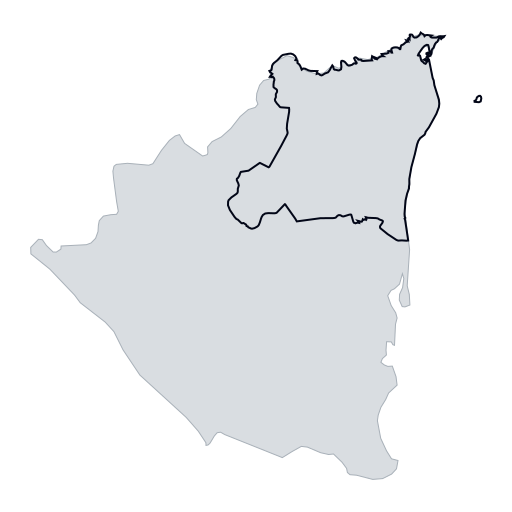 where Atlántico Norte sits in Nicaragua
{"feature_id": "NIC-657", "entity_name": "Atlántico Norte", "entity_type": "Autonomous Region", "adm_level": 1, "iso_a3": "NIC", "parent_name": "Nicaragua", "parent_adm1": "", "projection": "robinson", "projection_center": [-84.139, 14.031], "detail": "fine", "context": "in_parent", "style": "outline", "palette": "ink", "viewbox_px": 512, "rotation_deg": 0, "n_neighbors": 0, "source": "natural_earth", "source_scale": "10m", "svg_char_len": 7584}
<svg xmlns="http://www.w3.org/2000/svg" viewBox="0 0 512 512"><path d="M441.9,36.5L439.4,40.4L436.6,42.9L430.8,55.3L428.8,56.4L428.4,47.2L424.9,46.0L420.9,49.3L418.6,54.0L422.2,60.1L425.3,60.2L429.0,61.9L439.2,104.5L437.1,112.0L430.8,123.9L424.8,133.9L418.8,140.2L411.4,167.0L404.7,210.5L409.6,249.7L407.2,285.8L409.3,294.4L409.9,305.0L405.0,306.9L402.2,306.6L399.3,300.1L399.6,294.3L402.6,287.6L403.8,278.5L402.4,273.7L399.5,284.1L394.4,288.8L391.0,290.4L387.7,295.7L391.2,305.6L395.7,312.8L397.1,318.0L395.5,324.2L394.5,345.3L392.9,344.7L391.3,341.9L386.6,341.7L386.0,350.2L386.4,355.0L382.4,358.6L380.9,362.3L384.2,364.9L387.8,366.4L392.3,366.1L396.0,376.6L397.1,385.1L388.6,393.0L385.7,399.5L380.9,407.3L378.2,415.1L377.4,420.7L380.7,438.3L386.5,450.8L391.5,458.8L398.0,460.5L396.5,468.8L391.6,474.1L382.6,478.6L372.7,479.4L356.5,475.2L350.0,474.7L347.4,472.5L346.6,468.4L342.0,462.2L333.5,454.0L328.6,454.5L320.6,452.7L307.4,447.1L301.3,446.4L292.5,451.3L282.3,457.6L257.6,447.7L240.3,440.8L224.8,434.6L220.6,432.2L217.2,432.7L214.3,436.0L210.9,441.7L209.8,443.4L208.0,445.0L206.0,445.4L205.9,442.7L198.3,431.2L186.2,417.4L139.9,375.1L123.0,349.8L113.9,331.6L105.2,322.1L80.2,302.7L74.5,295.0L49.8,269.1L30.9,253.9L30.7,247.4L38.5,239.3L42.3,239.7L46.4,245.5L53.1,252.0L56.3,252.1L60.9,249.1L61.1,246.0L86.4,244.7L91.0,243.0L95.6,238.3L98.0,231.6L98.4,225.2L99.3,220.6L103.4,216.1L110.8,214.7L116.6,214.3L118.3,211.3L116.6,201.5L113.5,177.8L112.9,171.2L114.0,166.2L116.3,164.4L127.5,163.3L148.8,165.2L152.9,163.7L161.5,150.3L169.4,140.4L175.1,136.0L179.5,134.6L184.6,143.4L202.6,156.0L205.6,155.2L207.4,154.5L207.9,152.7L207.6,146.9L212.1,141.6L221.4,136.9L230.8,128.5L240.2,116.5L248.4,109.5L255.3,107.4L257.9,104.1L256.3,99.7L256.8,93.4L259.6,85.2L263.6,80.5L268.9,79.2L271.0,76.6L269.9,72.8L270.9,68.5L275.6,61.6L287.0,55.6L293.5,57.6L298.9,65.6L306.5,71.1L316.4,74.0L324.0,72.9L329.5,67.9L334.4,66.4L338.7,68.3L341.0,67.2L341.3,63.0L343.5,62.0L347.8,64.3L351.6,64.9L354.9,63.8L356.2,61.8L356.8,59.6L359.3,58.1L367.8,59.6L377.4,57.2L387.9,50.8L395.0,47.9L398.4,48.7L402.6,45.4L407.4,38.2L418.5,35.0L441.9,36.5Z" fill="#d9dde1" stroke="#a8b0b8" stroke-width="1"/><path d="M269.9,76.8L270.4,76.0L272.4,73.9L269.9,71.9L269.4,70.9L270.8,70.4L271.3,70.2L271.6,69.6L272.1,65.7L272.9,64.1L274.1,62.8L274.3,62.7L275.7,61.6L277.3,60.3L281.5,55.8L283.0,54.9L288.5,53.8L290.9,53.6L293.2,54.4L295.2,56.1L296.5,58.5L296.3,58.8L295.6,59.9L295.5,60.1L297.3,60.3L297.6,61.6L297.5,63.0L299.3,64.4L300.3,66.1L301.7,69.7L303.3,68.5L305.1,68.7L308.6,70.4L310.6,70.9L317.3,71.1L316.9,71.9L316.7,73.9L318.1,73.4L319.0,74.0L320.0,74.9L321.4,75.4L322.4,75.1L324.7,73.6L328.1,72.3L329.8,70.0L331.1,67.4L332.3,65.4L333.1,66.4L333.8,69.1L334.5,69.7L335.9,69.8L338.1,70.4L339.1,70.4L341.0,69.3L341.4,67.0L341.0,62.2L341.5,60.9L342.6,60.8L343.9,61.3L344.7,61.8L345.4,62.5L347.5,65.1L348.6,65.6L350.0,65.5L352.2,64.7L352.7,64.4L353.1,63.9L353.6,63.5L354.4,63.3L355.2,63.4L355.6,63.7L356.0,63.7L356.6,63.3L356.6,62.5L355.8,61.6L355.2,60.7L354.1,58.2L355.1,57.3L355.8,57.3L357.9,58.7L358.1,59.2L358.4,59.6L359.4,59.7L360.9,59.7L361.4,59.9L361.6,60.7L363.1,61.0L372.1,60.4L371.7,59.6L371.7,58.6L372.1,56.2L373.2,56.9L374.7,58.7L375.9,59.0L375.7,58.6L375.3,57.6L376.0,57.9L376.3,58.0L376.6,58.3L377.2,59.0L378.3,57.9L379.9,56.9L381.7,56.2L383.4,56.2L382.7,55.7L382.2,55.2L381.6,54.0L386.6,53.6L388.5,52.8L388.3,51.2L389.5,51.1L390.4,51.3L391.1,51.7L391.4,52.6L392.1,52.6L391.3,49.6L391.6,48.5L393.3,47.6L395.1,47.3L397.1,47.4L398.8,48.0L399.6,49.1L400.3,49.1L400.6,47.8L400.8,46.4L401.3,45.3L403.5,44.3L405.8,42.3L407.1,41.9L406.9,41.5L406.7,40.8L406.5,40.5L407.8,40.9L408.3,41.2L408.0,39.8L408.2,38.6L408.7,38.1L409.6,39.1L409.6,37.5L409.8,36.8L410.2,36.2L409.6,35.1L409.9,34.6L410.9,34.5L412.0,34.7L412.5,35.2L413.6,37.1L414.5,37.6L416.6,37.4L418.5,36.1L419.9,34.4L420.7,32.6L421.9,33.6L423.0,34.1L424.0,34.8L424.5,36.2L425.8,35.1L427.4,35.0L431.4,35.5L430.3,36.1L430.3,36.6L430.9,37.2L432.0,37.6L432.4,37.6L436.4,37.6L438.8,36.4L440.1,36.2L443.2,36.3L444.4,36.1L443.7,37.2L442.0,38.1L441.2,39.0L439.9,37.3L438.8,38.5L437.9,40.7L437.2,41.9L436.1,42.5L435.0,44.0L434.2,45.8L433.8,47.2L433.6,47.7L432.4,48.9L432.0,49.7L431.7,50.7L431.6,52.9L431.4,54.0L430.6,55.3L429.5,56.2L426.4,57.6L426.6,56.9L426.9,56.4L427.6,55.4L427.6,56.2L427.9,55.6L428.1,55.2L428.2,54.6L428.2,54.0L427.5,54.4L427.2,54.5L426.4,54.0L426.4,53.3L427.5,52.7L428.5,52.6L429.4,53.0L430.1,54.0L430.0,52.0L429.1,49.3L428.8,47.2L428.2,45.1L426.9,44.8L425.5,45.4L424.4,46.1L422.6,48.0L418.6,53.7L417.6,56.2L418.5,55.2L418.8,54.7L420.1,55.8L421.1,60.1L421.7,61.1L422.9,61.9L424.2,63.3L425.6,63.8L427.0,61.8L426.3,61.2L424.6,60.0L423.9,59.7L424.9,59.1L425.9,59.4L426.9,60.4L427.6,61.8L427.6,59.5L428.2,58.7L429.0,59.6L432.6,77.8L432.8,78.4L433.7,80.4L434.4,85.3L438.9,99.6L439.3,103.7L438.9,107.2L436.4,113.8L428.9,127.4L425.6,131.8L425.2,133.5L424.5,134.8L420.2,138.1L418.3,141.0L417.1,144.3L414.9,154.0L411.4,167.1L409.3,179.0L409.4,184.1L409.0,186.6L409.0,188.5L407.1,193.7L405.5,200.6L404.5,214.0L404.7,216.5L405.3,217.9L404.6,218.6L405.1,219.9L408.2,240.5L406.5,240.7L401.9,240.4L398.2,240.6L396.5,240.0L387.6,234.1L380.7,228.5L380.3,228.1L380.1,227.6L380.0,227.1L380.0,226.5L380.2,225.9L380.6,225.3L382.3,223.0L382.6,222.3L382.8,221.7L382.9,221.2L382.5,220.7L381.8,220.3L380.3,219.8L379.3,219.4L378.6,218.9L377.7,218.4L375.9,218.1L368.5,217.8L367.2,217.7L366.8,217.4L365.8,217.2L366.3,218.4L366.4,219.5L366.1,219.9L365.3,219.3L364.6,219.3L363.8,219.9L363.4,219.8L362.8,219.3L362.0,221.5L360.9,221.8L359.5,221.2L357.8,220.8L358.3,221.4L358.8,222.4L359.0,222.9L357.6,222.6L355.4,223.3L354.6,222.9L354.0,222.8L353.5,222.1L353.2,221.4L351.4,215.2L351.2,214.7L350.4,214.5L349.2,214.7L343.7,216.4L342.8,216.4L341.8,216.1L341.1,215.6L340.6,215.3L340.1,215.2L339.4,215.1L338.8,215.1L338.1,215.4L337.1,216.1L336.0,217.4L334.9,217.9L333.1,218.1L320.4,218.2L296.8,221.4L295.2,218.6L286.1,205.7L285.5,204.7L285.2,204.3L284.8,204.2L276.6,212.8L275.7,213.1L274.3,213.3L268.3,213.1L265.2,213.5L262.9,215.0L261.7,216.9L261.0,218.7L259.9,222.3L258.8,225.0L258.0,226.0L257.1,226.7L254.5,228.1L252.1,228.7L251.2,228.6L248.3,227.3L247.7,226.3L246.6,226.1L246.4,225.9L246.3,225.0L246.1,224.6L245.8,224.4L244.6,223.7L243.9,223.2L243.5,223.0L243.2,223.0L242.7,223.2L242.1,223.3L241.9,223.2L241.6,223.2L241.4,223.1L241.2,222.9L238.5,220.3L238.0,219.8L237.6,219.5L236.4,219.0L234.6,217.0L229.9,210.0L228.0,205.3L228.1,201.6L228.6,200.2L231.4,197.4L236.4,193.9L237.4,192.9L237.7,192.1L237.8,191.2L237.8,190.7L237.8,188.8L238.8,185.5L238.6,184.6L238.2,183.2L237.6,182.0L236.8,180.2L236.8,179.3L236.9,178.7L237.9,178.0L238.5,177.1L239.2,175.9L240.1,173.4L240.5,172.4L240.9,171.9L248.3,170.7L248.5,170.7L259.6,163.0L259.9,162.9L268.6,167.3L269.0,167.1L269.5,166.6L281.1,146.0L286.6,135.6L287.5,133.6L287.6,132.4L286.8,128.6L287.1,123.8L289.1,111.9L289.2,109.4L289.0,107.9L280.9,107.3L280.2,107.1L279.8,106.8L278.4,105.1L276.9,103.5L275.2,101.0L275.0,100.2L274.9,99.5L275.1,98.9L275.8,97.4L275.9,96.9L275.8,94.7L275.9,94.0L277.0,92.0L277.1,91.0L277.0,90.2L276.7,89.6L276.3,89.2L274.9,88.3L273.7,87.3L273.5,87.0L273.5,86.7L273.5,85.7L273.5,84.8L273.5,84.2L273.7,83.2L273.8,82.7L273.7,82.1L273.9,81.5L274.4,80.0L274.3,79.3L274.2,78.6L274.0,78.2L273.8,77.8L273.5,77.5L273.2,77.4L272.6,77.2L272.1,77.2L272.3,76.8L269.9,76.8ZM477.5,96.8L479.0,95.9L480.2,95.9L481.0,96.8L481.3,98.5L480.7,101.4L479.0,102.2L474.2,101.8L473.8,101.7L474.1,101.7L474.4,101.7L474.5,101.4L474.4,101.0L475.9,100.1L476.5,98.9L476.8,97.7L477.5,96.8Z" fill="none" stroke="#020617" stroke-width="2"/></svg>